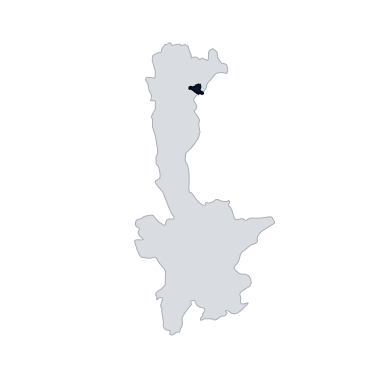 location of Sanasomboon, Champasak, Laos, rotated 214°
{"feature_id": "54806243B13253322740036", "entity_name": "Sanasomboon", "entity_type": "district", "adm_level": 2, "iso_a3": "LAO", "parent_name": "Laos", "parent_adm1": "Champasak", "projection": "mercator", "projection_center": [105.689, 15.318], "detail": "fine", "context": "in_parent", "style": "filled", "palette": "ink", "viewbox_px": 384, "rotation_deg": 214, "n_neighbors": 0, "source": "geoboundaries", "source_scale": "gbopen_adm2", "svg_char_len": 5919}
<svg xmlns="http://www.w3.org/2000/svg" viewBox="0 0 384 384"><g transform="rotate(214 192 192)"><path d="M141.3,65.2L142.9,68.2L150.4,76.2L151.7,78.3L154.4,80.0L156.7,87.1L157.7,87.5L158.9,87.0L159.9,86.1L160.7,83.3L161.2,83.0L162.0,85.3L164.1,86.0L165.0,86.9L165.3,88.6L165.0,90.4L163.2,94.4L162.2,99.8L169.5,111.4L172.6,113.0L179.9,114.9L184.8,117.4L187.1,116.8L189.3,113.9L191.9,112.3L196.8,109.9L198.3,109.7L201.0,110.7L205.4,113.6L212.2,119.0L212.0,120.4L210.7,121.8L207.1,123.9L206.0,125.3L206.7,125.8L209.7,126.1L213.2,127.4L214.3,128.8L214.9,132.0L215.5,132.6L218.8,132.2L219.8,132.6L221.0,133.7L222.2,136.3L222.1,138.3L218.9,141.8L218.5,143.9L216.8,146.4L212.3,150.6L211.1,150.8L202.8,148.5L196.3,148.8L195.7,149.7L196.8,152.2L197.2,154.7L196.1,156.6L192.4,159.1L192.2,160.2L193.0,161.3L198.5,163.5L216.0,175.5L224.0,177.8L227.5,179.3L228.4,180.1L228.4,181.2L227.5,182.5L226.7,184.8L226.7,186.3L227.5,187.6L228.9,189.6L233.8,194.2L237.4,195.2L241.2,200.4L242.3,205.0L244.2,207.9L253.3,217.6L260.9,223.7L265.4,230.1L267.6,231.6L268.3,233.9L268.8,240.7L271.5,244.1L272.0,245.5L273.2,246.5L274.4,246.7L277.1,244.5L277.6,244.8L278.8,248.4L279.9,249.7L284.0,251.9L288.2,256.2L290.5,257.8L293.4,259.0L293.8,260.4L293.3,261.8L292.4,262.7L287.4,265.1L286.7,266.2L290.0,271.7L298.2,278.5L300.8,282.6L300.2,284.6L298.0,288.6L296.3,289.6L295.8,290.9L297.1,294.1L296.9,299.1L295.4,300.3L293.9,303.3L292.9,303.5L290.4,302.4L285.1,307.7L282.8,307.4L280.2,310.3L276.7,310.7L274.4,308.5L269.3,305.0L267.6,302.9L266.0,304.7L263.3,306.5L259.6,305.9L258.6,308.5L257.8,309.0L253.3,309.4L252.5,309.9L253.2,312.2L255.9,316.3L256.7,318.6L255.0,322.4L250.3,322.3L248.2,320.8L245.6,317.5L239.6,315.4L235.5,316.9L234.3,316.8L231.3,314.1L230.2,312.4L229.5,309.8L234.1,307.7L236.4,306.0L237.9,304.3L238.6,302.5L239.3,294.9L240.0,292.3L239.6,289.0L238.4,286.4L238.4,282.6L239.0,279.5L240.8,277.9L242.0,275.7L242.7,270.6L242.2,269.3L240.4,268.1L237.5,266.9L235.7,265.4L235.0,263.6L235.1,262.0L235.9,260.7L233.8,259.2L228.5,257.5L225.6,255.5L225.0,253.2L222.8,250.1L219.0,246.3L217.0,240.8L216.8,233.7L217.3,227.9L218.9,221.1L216.7,216.2L214.3,213.7L210.9,211.8L207.7,209.1L204.7,205.5L201.0,200.3L196.8,193.3L193.9,190.2L192.4,191.0L189.4,190.3L184.7,188.3L180.6,187.2L177.1,187.1L174.8,187.5L173.7,188.6L173.7,189.6L174.6,190.7L174.1,191.5L172.2,192.0L170.8,193.2L169.1,195.7L168.0,199.1L166.2,200.3L163.6,200.6L160.9,201.6L158.3,203.2L157.1,204.4L157.2,205.3L156.7,205.5L155.4,205.0L154.8,203.9L154.9,202.2L153.6,201.0L150.9,200.4L147.8,198.5L141.9,193.7L140.5,193.5L138.6,194.8L136.1,197.5L134.0,198.5L132.4,198.0L131.1,198.9L130.2,201.4L128.6,203.3L120.7,208.5L113.6,215.1L111.8,215.7L107.5,213.8L106.1,212.5L112.0,198.9L112.9,195.6L112.7,191.2L110.2,187.6L110.1,186.5L110.5,185.4L113.5,181.1L117.0,170.2L116.8,166.8L115.3,163.0L114.5,159.5L115.1,154.6L114.9,152.7L113.2,151.8L107.8,150.8L104.7,151.6L103.2,152.9L101.4,153.8L97.9,154.2L94.7,152.6L92.0,149.8L91.4,146.4L94.7,139.0L95.6,136.1L95.5,134.8L94.9,133.4L94.1,133.2L92.3,131.5L90.7,128.4L89.1,127.0L87.6,127.3L86.2,128.4L83.9,131.3L83.2,130.9L85.2,120.7L87.1,116.4L89.3,114.4L91.6,113.5L94.1,113.8L96.2,113.5L97.9,112.4L97.7,111.8L95.7,111.6L95.0,110.5L95.4,108.3L96.2,106.9L97.6,106.2L98.9,104.0L100.2,100.3L101.7,98.4L103.5,98.3L106.7,96.7L111.1,93.5L112.8,90.5L114.4,91.9L113.8,95.4L114.7,96.2L115.1,97.5L114.9,99.4L115.2,101.1L115.9,101.9L116.9,102.4L121.6,100.9L124.4,100.8L129.1,103.4L131.9,101.5L131.9,100.7L129.6,98.3L130.3,89.3L130.0,82.4L126.2,77.3L125.4,75.3L125.0,72.0L123.9,69.1L126.6,66.8L128.1,62.6L130.1,61.6L130.7,61.7L133.0,64.9L136.0,63.3L138.3,63.3L140.3,64.2L141.3,65.2Z" fill="#d9dde1" stroke="#a8b0b8" stroke-width="1"/><path d="M252.8,277.6L252.8,277.4L252.8,277.2L252.7,277.0L252.7,276.8L252.6,276.6L252.4,276.4L252.2,276.2L251.9,276.0L251.7,276.0L251.6,275.9L251.4,276.0L251.3,276.5L251.2,276.6L251.1,276.8L250.9,276.9L250.7,277.0L250.4,277.0L250.1,276.9L249.8,276.8L249.7,276.8L249.4,276.8L249.1,276.9L248.9,277.0L248.7,277.0L248.3,276.9L248.2,276.9L247.8,276.9L247.7,276.9L247.4,277.2L247.4,277.3L247.2,277.4L247.1,277.5L247.0,277.4L246.9,277.3L246.8,277.1L246.8,276.9L246.7,276.9L246.4,277.0L246.2,277.1L246.0,276.9L245.9,276.8L245.9,276.7L245.7,276.6L245.4,276.7L245.4,276.8L245.3,277.0L245.2,277.0L244.9,277.0L244.8,277.3L244.7,277.2L244.4,277.1L244.2,277.0L244.1,276.9L243.9,276.9L243.8,276.7L243.7,276.7L243.4,276.6L243.2,276.6L242.9,276.6L242.7,276.7L242.7,276.8L242.5,277.0L242.4,276.9L242.3,277.0L242.2,277.0L241.9,277.1L241.8,277.3L241.7,277.3L241.4,277.5L241.3,277.4L241.3,277.5L241.2,277.6L241.1,277.8L240.8,278.1L240.4,278.3L240.2,278.3L239.9,278.5L239.7,278.5L239.4,278.5L239.2,278.5L238.9,278.6L238.6,278.6L238.4,278.7L238.3,278.8L238.2,279.0L237.9,279.2L237.8,279.4L237.7,279.7L237.7,279.8L237.7,280.0L237.8,280.1L238.0,280.3L238.3,280.4L238.4,280.5L238.5,280.5L238.7,280.8L238.8,280.8L239.1,280.7L239.3,280.6L239.5,280.6L239.8,280.6L240.0,280.6L240.3,280.6L240.5,280.6L240.9,280.4L241.0,280.3L241.3,280.3L241.5,280.3L241.7,280.5L241.9,280.6L242.0,280.6L242.1,280.8L242.3,281.0L242.6,281.2L242.8,281.3L243.0,281.6L243.1,281.8L243.2,282.0L243.2,282.3L243.1,282.6L243.1,282.8L243.2,283.1L243.3,283.3L243.4,283.6L243.5,283.8L243.7,284.0L243.8,284.2L243.8,284.3L244.2,284.5L244.3,284.6L244.5,284.8L244.8,284.9L244.8,285.0L245.0,285.1L245.0,285.3L245.1,285.5L245.3,285.7L246.1,285.0L246.3,284.8L246.5,284.8L246.9,285.0L247.0,285.0L247.3,284.3L247.4,284.2L247.5,284.0L247.6,283.7L247.8,283.4L248.1,283.2L248.3,283.1L248.5,283.0L248.5,282.9L248.4,282.8L248.2,282.6L248.1,282.0L248.1,281.7L248.2,281.4L248.4,281.3L248.8,281.0L249.2,280.6L249.3,280.6L249.3,280.3L249.3,280.1L249.4,279.9L249.5,279.7L249.8,279.6L250.1,279.4L250.6,279.1L250.8,279.0L250.9,278.9L251.0,278.9L251.3,278.9L251.5,278.8L251.7,278.7L251.8,278.8L252.0,278.7L252.3,278.5L252.4,278.4L252.6,277.9L252.8,277.6Z" fill="#0f172a" stroke="#020617" stroke-width="1.5"/></g></svg>